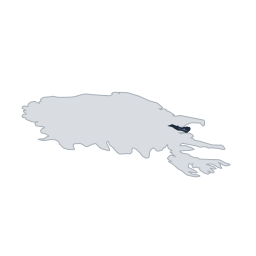 Hvalfjarðarsveit, Vesturland, Iceland (highlighted), rotated 193°
{"feature_id": "244011B64770191202242", "entity_name": "Hvalfjarðarsveit", "entity_type": "district", "adm_level": 2, "iso_a3": "ISL", "parent_name": "Iceland", "parent_adm1": "Vesturland", "projection": "equal_earth", "projection_center": [-21.787, 64.41], "detail": "fine", "context": "in_parent", "style": "filled", "palette": "slate", "viewbox_px": 256, "rotation_deg": 193, "n_neighbors": 0, "source": "geoboundaries", "source_scale": "gbopen_adm2", "svg_char_len": 6112}
<svg xmlns="http://www.w3.org/2000/svg" viewBox="0 0 256 256"><g transform="rotate(193 128 128)"><path d="M195.1,100.0L197.3,100.0L200.9,99.3L206.1,97.2L208.3,96.7L213.3,96.7L207.3,98.8L205.2,101.0L203.5,102.1L203.6,102.6L208.0,104.0L210.1,103.6L211.0,103.7L211.9,104.4L212.5,105.7L212.2,107.0L211.1,108.4L209.4,109.5L209.7,109.9L211.1,110.1L218.2,109.4L219.1,111.0L219.8,111.6L219.7,112.2L216.9,114.0L220.2,112.8L222.9,112.5L227.4,113.1L229.4,113.7L230.5,114.9L232.8,114.5L233.8,115.2L233.9,115.9L233.1,117.8L230.4,118.7L232.2,120.1L233.5,120.2L233.8,120.5L233.7,121.3L231.7,122.3L235.2,123.4L235.7,123.8L235.6,125.0L235.0,125.7L234.0,126.1L231.6,126.2L230.1,126.7L230.6,127.4L230.3,129.5L228.5,131.3L226.7,132.2L225.0,132.8L220.0,132.1L220.3,133.6L218.5,134.6L218.9,135.3L219.6,135.7L219.3,136.7L217.2,138.8L215.6,139.4L212.5,140.3L208.0,142.1L203.3,142.1L192.0,144.8L187.5,146.3L179.6,150.7L176.2,151.8L170.3,152.4L152.8,155.3L150.9,157.0L150.8,157.4L151.6,158.1L150.3,159.3L147.7,160.2L146.4,160.2L144.2,159.5L143.9,159.8L144.8,160.8L136.2,162.3L124.2,161.5L113.5,159.3L105.1,158.9L99.1,155.9L99.0,155.4L99.6,154.5L101.7,154.1L100.7,153.2L97.1,154.8L96.0,154.7L94.4,154.1L94.4,153.5L91.4,153.2L86.2,151.3L85.8,150.9L87.0,150.3L86.8,150.1L84.0,150.2L80.0,152.0L55.9,152.7L55.1,151.8L54.1,148.3L54.9,146.9L55.9,147.0L58.7,149.0L65.2,147.9L67.8,147.2L70.2,145.3L71.6,144.7L73.6,142.4L75.5,140.9L79.6,140.3L76.0,139.9L69.9,141.7L67.9,141.7L68.8,140.9L70.9,140.0L69.5,139.9L68.9,139.5L68.9,138.6L69.9,137.2L77.1,134.8L75.4,134.3L70.5,136.2L66.8,136.8L63.9,136.0L62.5,134.8L62.6,134.3L64.3,132.8L64.1,132.5L62.9,132.4L59.7,131.0L54.7,131.2L42.3,130.4L32.9,132.3L30.7,131.4L28.8,129.5L29.2,128.8L30.9,128.4L35.5,128.4L42.2,127.5L45.3,126.5L46.5,126.7L47.0,127.3L51.2,126.4L53.4,125.5L57.1,125.9L71.1,125.4L72.9,124.2L73.6,122.7L73.3,122.4L68.2,123.8L67.0,123.7L61.1,123.0L58.9,122.2L59.6,121.5L62.8,120.1L70.8,117.8L71.9,117.3L72.1,116.7L68.9,115.7L62.9,116.0L61.3,114.8L56.3,114.1L53.0,114.6L51.3,113.8L31.6,117.6L25.2,115.9L20.7,115.6L20.3,115.0L23.0,113.4L24.8,113.1L26.6,113.3L30.1,114.4L32.5,114.8L29.5,113.1L29.4,111.5L28.5,111.0L27.6,110.0L28.0,109.6L31.6,109.9L37.3,111.7L40.1,111.4L43.8,110.2L35.6,109.5L33.1,108.1L34.9,107.3L39.1,107.4L34.4,104.9L34.2,104.4L35.1,103.3L41.0,104.3L37.9,102.8L37.8,102.5L38.7,102.2L39.2,101.3L40.7,101.0L43.6,101.3L48.2,103.0L48.9,103.5L49.1,105.2L50.9,104.9L53.1,105.2L54.9,104.0L56.1,104.3L57.1,105.3L56.9,107.7L58.2,106.8L60.4,106.8L60.7,104.9L60.3,103.3L53.3,101.6L50.5,100.3L50.8,99.9L52.2,99.5L59.6,99.1L56.4,98.4L55.7,97.6L50.1,97.9L47.3,97.6L47.2,97.2L48.3,96.6L51.7,95.5L58.1,95.4L60.7,95.7L65.7,98.3L69.7,99.3L76.3,102.9L80.6,104.3L80.8,104.6L80.1,105.0L78.5,105.5L81.0,106.1L82.6,107.1L82.7,107.5L81.3,110.4L79.7,111.3L75.7,110.8L76.7,111.7L79.5,112.7L80.1,113.2L79.7,113.8L81.1,113.6L81.5,113.9L80.9,115.6L80.2,116.2L82.5,116.5L84.2,117.3L86.1,120.7L87.2,118.1L87.7,117.1L88.7,116.8L89.8,114.2L92.5,112.6L94.9,112.1L97.5,113.9L99.4,114.1L101.3,110.9L101.5,108.5L100.9,105.9L101.2,104.1L102.4,103.0L104.1,102.7L107.6,103.8L110.6,106.3L115.1,109.1L118.2,109.8L118.8,109.7L119.3,108.8L118.8,105.1L120.2,103.2L123.8,102.7L129.3,101.0L130.6,100.9L133.4,101.9L138.4,105.6L142.0,107.3L143.9,110.0L144.7,110.5L145.4,109.7L145.5,108.5L141.0,102.8L141.0,102.1L141.4,101.5L149.0,101.8L150.7,102.4L156.1,105.6L158.7,104.3L163.7,100.5L165.4,100.6L169.9,102.1L171.6,102.0L176.7,100.6L177.7,98.9L175.4,95.3L176.2,94.6L180.9,93.7L186.1,93.9L191.6,97.2L191.9,98.7L195.1,100.0Z" fill="#d9dde1" stroke="#a8b0b8" stroke-width="1"/><path d="M85.6,140.9L85.9,140.7L87.6,139.6L86.2,139.6L85.1,139.5L83.4,139.1L81.5,139.3L79.4,138.8L79.6,138.5L79.8,138.3L79.9,138.2L80.4,138.2L80.6,138.2L80.9,138.3L81.0,138.3L81.4,138.4L81.6,138.4L81.8,138.5L82.0,138.4L81.4,138.2L79.6,137.7L79.0,137.6L78.8,137.5L78.7,137.5L77.9,137.7L77.1,137.9L76.8,137.9L76.7,137.8L76.0,137.9L75.7,138.0L75.3,138.0L75.1,138.0L74.4,138.1L74.2,138.1L73.7,137.8L73.0,137.7L72.3,137.7L72.0,137.6L71.6,137.7L71.2,137.4L71.4,137.3L71.3,137.2L71.2,137.2L70.9,137.2L70.6,137.3L70.3,137.3L70.2,137.4L70.0,137.5L70.1,137.4L70.1,137.2L69.9,137.3L70.0,137.4L70.0,137.5L69.9,137.5L70.0,137.5L69.9,137.5L69.6,137.6L69.5,137.8L69.4,137.9L69.3,138.0L69.3,138.3L69.2,138.4L69.0,138.5L69.1,138.8L69.0,139.0L69.0,138.9L68.9,138.9L68.8,139.0L68.7,139.0L68.8,138.9L68.8,138.7L69.0,138.6L68.9,138.5L68.7,138.8L68.6,139.0L68.7,139.3L68.4,139.6L68.2,139.7L68.4,139.9L69.0,140.2L69.2,140.3L69.3,140.3L69.3,140.2L69.3,140.3L69.2,140.2L69.3,140.0L69.6,139.9L69.8,139.9L69.8,140.0L69.7,140.0L69.8,140.1L70.1,139.8L70.3,139.8L70.2,139.9L70.2,140.0L70.4,139.9L70.7,139.8L70.9,139.9L71.0,140.0L71.3,140.0L71.3,139.9L71.5,139.9L71.5,140.0L71.4,140.1L71.5,140.3L71.8,140.4L71.5,140.4L71.3,140.4L71.2,140.4L70.8,140.4L70.7,140.4L70.4,140.4L70.5,140.4L70.4,140.5L70.1,140.5L70.1,140.4L70.0,140.5L70.0,140.4L69.9,140.4L70.0,140.4L69.8,140.5L69.7,140.5L69.6,140.4L69.4,140.5L69.3,140.4L69.5,140.4L69.4,140.4L69.3,140.5L69.2,140.6L68.9,140.7L68.8,140.8L69.0,140.8L68.9,140.9L68.7,141.0L68.8,141.1L68.9,141.3L68.5,141.5L68.4,141.7L68.1,141.8L68.3,142.0L68.6,141.9L68.8,142.0L69.0,142.0L69.3,142.0L69.5,142.0L69.9,142.0L70.0,141.9L70.1,142.0L70.2,141.9L70.4,141.9L70.6,141.9L70.8,141.9L71.0,141.8L71.4,141.7L71.6,141.6L71.9,141.4L72.4,141.3L72.5,141.3L72.5,141.2L72.9,141.2L73.0,141.1L73.1,140.9L73.3,140.9L73.3,140.7L73.5,140.7L73.4,140.7L73.6,140.6L73.9,140.6L74.0,140.6L74.2,140.4L74.3,140.2L74.5,140.2L74.8,140.2L75.0,140.0L75.3,140.0L75.6,139.9L76.1,139.7L76.4,139.8L77.0,139.7L77.4,139.9L77.8,139.9L78.0,140.0L78.6,139.9L78.9,139.9L79.1,139.9L79.4,139.9L79.5,139.9L80.0,139.9L80.0,140.0L80.1,139.9L80.2,140.0L80.3,140.0L80.3,140.3L80.1,140.3L79.6,140.4L79.8,140.5L79.8,140.4L80.2,140.4L80.3,140.4L80.5,140.3L80.5,140.2L80.9,140.1L81.5,140.1L81.8,140.1L81.7,140.2L81.3,140.4L82.0,140.4L82.3,140.4L83.0,140.5L83.4,140.5L84.2,140.7L84.7,140.8L84.9,140.8L85.0,140.9L85.5,140.9L85.6,140.9ZM70.3,140.2L70.2,140.2L70.1,140.3L70.2,140.2L70.3,140.2ZM67.7,140.0L67.8,139.9L67.7,139.9L67.7,140.0Z" fill="#64748b" stroke="#1e293b" stroke-width="1.5"/></g></svg>